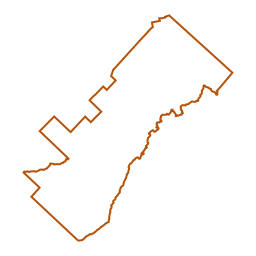 outline of La Matanza, Buenos Aires, Argentina
{"feature_id": "61730980B21366789082443", "entity_name": "La Matanza", "entity_type": "district", "adm_level": 2, "iso_a3": "ARG", "parent_name": "Argentina", "parent_adm1": "Buenos Aires", "projection": "albers", "projection_center": [-58.605, -34.773], "detail": "fine", "context": "isolated", "style": "outline", "palette": "amber", "viewbox_px": 256, "rotation_deg": 0, "n_neighbors": 0, "source": "geoboundaries", "source_scale": "gbopen_adm2", "svg_char_len": 5848}
<svg xmlns="http://www.w3.org/2000/svg" viewBox="0 0 256 256"><path d="M232.4,72.7L170.0,16.2L169.2,15.4L165.2,16.8L165.4,17.4L162.3,18.2L161.2,18.3L159.2,18.3L159.8,20.9L152.0,22.4L152.8,27.2L151.1,28.3L144.3,35.8L141.7,38.5L124.2,57.8L113.5,69.6L113.3,69.6L111.1,76.1L115.7,80.4L106.8,89.9L103.2,86.5L96.2,93.8L93.0,96.6L89.6,100.3L101.3,111.7L95.9,117.0L90.8,122.2L85.2,116.6L70.6,132.1L54.2,116.5L39.7,131.1L68.5,158.6L68.1,159.3L67.9,159.3L67.5,159.3L66.6,159.0L66.2,159.1L66.0,159.7L66.1,160.1L65.9,160.5L65.4,160.9L65.2,161.4L65.0,161.5L64.4,161.6L63.4,162.3L63.5,162.5L63.3,162.7L63.1,162.9L62.7,162.7L62.0,162.8L61.0,163.6L59.7,164.3L59.0,164.1L58.6,164.2L58.2,164.2L57.4,164.3L56.8,164.1L56.4,164.1L55.8,164.3L55.4,164.2L54.6,164.5L54.4,164.5L53.9,164.0L53.5,163.9L52.9,163.9L52.3,163.7L51.0,163.5L50.4,163.5L50.2,163.7L50.1,164.3L50.2,164.8L50.1,165.1L49.0,166.0L47.7,167.6L47.3,167.8L47.0,168.3L46.8,168.5L46.2,168.8L45.3,168.9L45.0,169.1L44.1,169.6L43.7,170.0L42.5,169.5L41.8,169.5L41.1,169.7L40.5,169.6L39.9,169.7L38.6,170.6L35.8,171.8L35.4,171.7L34.8,171.4L33.9,171.2L33.2,171.3L32.4,171.3L31.8,171.4L30.7,171.4L30.2,171.6L29.9,171.8L29.2,171.9L28.8,171.9L27.7,171.4L27.0,171.4L26.3,171.5L26.0,171.7L25.6,172.1L25.0,172.2L24.4,171.7L24.2,171.7L23.6,172.6L39.6,187.6L31.4,196.8L77.9,240.4L78.4,240.4L79.4,240.6L80.5,240.3L82.4,240.1L83.1,239.3L84.1,238.6L84.7,237.9L84.9,237.7L85.2,237.6L86.0,236.5L86.8,236.0L87.6,235.8L88.4,235.3L89.8,234.2L90.2,234.2L91.0,234.5L92.4,233.6L94.0,233.0L94.2,232.8L94.6,232.1L95.5,231.8L96.0,231.3L96.8,230.2L98.4,229.3L99.0,228.8L100.1,228.0L100.5,227.4L100.9,227.0L102.0,226.5L102.7,225.9L103.7,225.3L105.6,223.5L106.2,223.4L106.7,222.8L108.3,222.3L108.6,222.1L108.8,221.3L108.7,220.9L108.8,220.0L108.9,219.7L109.4,219.0L109.4,218.1L109.2,217.4L109.2,216.6L109.5,215.9L109.6,214.5L110.0,213.7L110.1,213.2L110.1,212.9L110.4,212.3L110.4,211.9L110.0,211.1L110.3,210.4L110.8,208.6L111.4,208.0L111.5,207.6L111.6,206.5L111.3,206.1L111.2,205.4L111.7,204.7L112.3,204.5L112.8,203.6L113.4,203.1L113.6,202.7L113.1,201.5L113.2,201.2L113.5,200.6L114.2,200.2L114.8,199.7L115.4,198.9L115.6,198.4L115.6,197.5L115.8,197.1L116.2,196.7L117.2,195.8L118.5,194.0L118.8,193.3L119.6,192.8L119.7,192.6L119.9,191.9L119.7,191.4L119.6,191.1L119.6,190.7L120.7,188.2L120.8,187.9L120.7,187.6L120.7,187.4L121.8,186.3L122.6,186.0L122.8,185.8L123.4,185.0L123.4,184.2L123.4,183.6L123.8,182.9L124.0,181.9L124.4,181.2L124.8,180.1L125.1,179.7L125.4,179.1L126.0,178.4L126.1,177.7L126.6,175.7L126.8,175.4L126.8,174.6L126.9,174.1L127.0,173.9L127.5,173.7L128.1,173.1L128.2,172.6L128.3,171.8L128.6,170.4L128.8,169.9L129.1,168.5L129.1,167.9L128.7,167.5L128.6,167.3L128.6,167.0L129.0,165.9L129.2,165.6L129.6,164.5L130.2,163.8L130.8,163.6L131.1,163.4L132.6,161.5L133.2,160.7L133.5,160.1L134.7,159.7L134.9,159.4L135.4,158.4L135.6,158.2L136.3,158.0L137.1,157.4L137.4,157.4L137.8,157.4L138.3,157.6L138.6,158.1L139.2,158.8L139.6,158.8L140.0,158.6L140.7,157.1L140.8,156.6L141.1,156.2L141.1,155.4L141.7,155.0L141.8,154.9L141.8,154.4L141.5,153.7L141.5,153.4L141.7,153.2L142.2,153.3L142.5,153.6L142.8,154.1L143.2,154.3L143.4,154.2L143.7,153.7L143.7,153.4L143.4,153.1L142.7,153.0L142.5,152.8L142.5,152.4L142.7,152.2L143.4,151.7L143.6,151.5L143.7,150.7L144.6,149.9L144.8,149.6L144.9,148.7L145.3,148.4L146.3,148.1L146.7,147.8L146.8,147.3L146.1,146.7L145.9,146.4L145.9,146.1L146.0,145.9L147.0,145.0L148.0,143.8L148.2,143.4L148.2,142.9L147.7,142.5L147.5,142.2L147.6,139.9L147.9,138.4L148.0,138.1L148.2,137.8L148.9,137.2L149.6,136.2L150.0,135.9L150.2,135.6L150.3,135.1L149.9,134.2L149.7,134.1L149.0,134.0L148.9,133.8L148.8,133.6L148.9,133.3L150.1,132.4L151.2,131.1L152.0,130.8L152.5,130.3L152.7,130.2L153.1,130.3L154.0,131.5L154.6,131.8L155.7,131.3L156.8,130.1L157.3,129.7L158.3,129.3L158.5,129.0L158.5,128.1L158.2,127.6L157.8,127.3L156.8,127.6L156.6,127.6L156.4,127.4L156.5,127.1L156.6,126.9L157.2,126.5L157.4,125.7L157.2,125.3L156.7,124.9L156.6,124.7L156.6,123.8L157.0,123.4L157.1,123.1L157.0,122.7L157.3,122.4L159.3,122.5L159.7,122.3L159.8,121.7L160.1,121.4L160.3,121.4L160.8,121.7L161.0,121.7L161.5,121.4L161.3,120.7L161.1,120.3L160.6,119.9L160.4,119.5L160.3,118.6L160.4,118.1L160.9,117.7L161.0,117.6L160.9,116.2L161.1,115.9L161.5,115.6L161.8,115.2L162.6,114.7L164.1,114.8L165.2,114.7L166.0,114.8L166.3,114.7L166.7,114.1L167.0,113.8L167.3,113.8L167.8,114.4L168.0,114.5L168.4,114.6L168.8,114.6L169.5,113.5L170.3,112.9L171.0,111.7L171.1,111.1L171.5,109.8L171.8,109.6L172.0,109.6L172.5,109.7L172.6,109.9L172.3,110.5L172.2,110.9L172.4,111.2L172.8,111.3L173.3,111.2L173.7,111.3L173.9,111.9L174.5,112.3L174.6,112.6L174.6,113.0L175.6,114.1L175.8,114.4L175.9,114.9L176.0,115.5L175.8,115.7L175.8,115.9L175.8,116.2L176.0,116.3L176.3,116.2L176.8,115.6L177.1,115.4L177.3,115.3L177.8,115.6L178.4,115.7L180.4,114.5L181.1,114.8L181.5,114.6L181.8,114.3L182.8,113.2L182.7,112.9L182.2,112.6L182.0,112.4L181.9,112.1L182.3,111.3L182.2,111.1L181.6,110.3L180.9,109.8L180.8,109.6L181.0,109.1L181.0,108.6L180.9,108.2L180.7,107.7L180.6,107.0L180.7,106.4L180.8,106.3L181.5,106.0L182.0,105.4L182.5,105.2L184.5,105.2L185.4,105.4L185.7,105.4L186.4,104.4L186.9,104.2L187.8,104.3L188.3,104.2L189.8,102.9L191.9,101.5L192.5,101.5L193.5,101.7L195.0,101.9L195.7,101.5L196.2,100.9L196.4,100.8L196.8,100.7L197.5,101.0L198.1,100.8L198.3,100.5L198.2,99.7L198.4,98.8L198.9,98.1L200.2,96.9L200.3,96.6L200.4,96.2L200.2,95.3L200.3,94.9L201.4,94.2L201.7,93.7L201.9,92.3L201.8,90.7L202.5,89.9L203.3,88.5L203.5,87.9L203.5,86.6L203.6,85.9L203.8,85.5L204.4,85.4L204.8,85.7L206.0,86.9L206.6,87.1L208.0,87.3L208.1,87.6L208.6,87.8L209.1,88.4L209.4,88.6L210.1,88.6L210.7,88.7L210.8,88.8L211.1,90.2L211.8,91.1L212.5,91.5L213.9,91.8L215.2,92.5L215.9,94.0L216.3,94.6L216.7,94.8L217.3,94.5L217.4,94.0L217.2,92.6L217.6,91.7L216.9,90.8L219.9,87.6L232.4,72.7Z" fill="none" stroke="#b45309" stroke-width="2"/></svg>